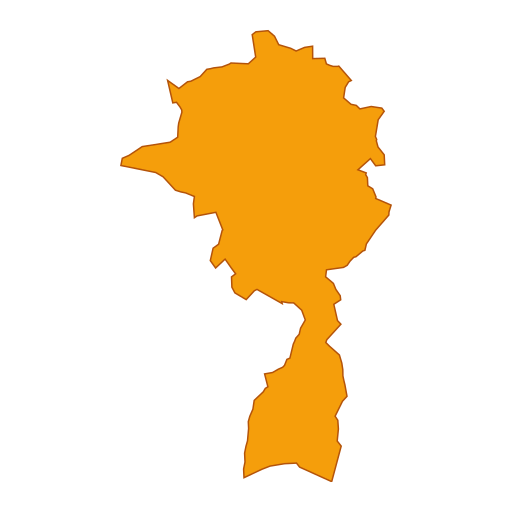 the district of Langtang North, Plateau, Nigeria
{"feature_id": "59680162B43697273286299", "entity_name": "Langtang North", "entity_type": "district", "adm_level": 2, "iso_a3": "NGA", "parent_name": "Nigeria", "parent_adm1": "Plateau", "projection": "mercator", "projection_center": [9.819, 9.049], "detail": "fine", "context": "isolated", "style": "filled", "palette": "amber", "viewbox_px": 512, "rotation_deg": 0, "n_neighbors": 0, "source": "geoboundaries", "source_scale": "gbopen_adm2", "svg_char_len": 2209}
<svg xmlns="http://www.w3.org/2000/svg" viewBox="0 0 512 512"><path d="M167.6,80.4L172.8,102.9L176.5,102.3L179.9,106.8L181.7,109.9L181.9,112.2L178.7,123.1L178.2,126.8L177.7,137.2L170.2,142.2L142.2,146.6L129.0,155.4L122.3,158.3L120.9,165.5L121.3,165.6L155.7,172.5L163.1,176.8L175.4,190.2L180.8,191.9L185.6,192.9L194.4,196.5L193.4,203.8L194.4,217.7L197.1,215.9L215.9,212.3L222.8,229.9L222.2,230.4L218.6,244.2L213.1,248.2L210.3,260.6L215.6,268.0L225.1,259.1L231.1,267.7L235.6,273.8L231.5,276.9L231.9,287.2L234.9,292.9L246.2,299.6L254.4,290.7L257.0,289.4L282.2,303.6L281.7,301.6L288.5,302.8L293.7,302.9L301.7,310.2L305.3,320.0L300.8,327.8L300.6,328.1L299.2,334.3L295.8,338.1L294.6,341.3L293.3,344.1L289.9,358.1L286.9,359.4L284.5,365.4L282.6,367.3L278.3,369.2L272.6,372.5L264.6,373.9L267.9,386.8L265.3,388.4L263.3,391.8L254.2,400.4L252.9,409.2L249.8,416.3L248.3,421.6L248.6,428.6L247.5,440.9L246.0,446.2L244.6,453.2L245.0,462.0L243.6,469.0L244.0,477.7L251.4,474.2L261.8,469.3L270.0,466.1L284.5,463.7L296.5,463.1L299.6,467.1L331.0,481.3L331.8,481.2L341.2,446.1L337.2,441.0L338.4,429.0L337.8,420.3L335.1,416.2L342.5,401.2L347.0,396.3L344.9,384.8L343.9,380.7L342.9,375.9L342.8,369.7L341.8,363.1L339.4,355.0L329.5,346.2L325.8,342.5L326.8,339.7L340.9,324.2L337.5,320.6L333.8,304.3L340.7,299.8L340.2,295.7L335.8,289.3L333.4,283.4L325.6,276.8L326.5,269.8L343.5,267.4L347.2,265.3L349.9,261.3L353.7,257.3L356.0,256.7L362.8,251.0L364.9,250.3L366.4,243.9L375.7,230.1L388.8,215.1L389.0,211.9L391.1,205.1L375.7,198.5L376.0,196.9L372.7,188.8L367.8,185.8L367.4,177.6L365.7,174.7L366.2,172.9L357.9,169.8L370.4,158.6L375.7,165.8L384.7,164.8L384.2,154.9L384.1,154.7L378.0,147.0L376.3,140.8L376.7,139.5L375.4,136.5L378.2,119.7L384.2,111.3L381.8,108.1L371.2,106.5L359.9,108.9L356.3,105.4L351.0,104.3L343.6,97.9L345.2,87.4L348.6,81.8L351.3,80.5L338.8,66.1L337.7,66.4L333.1,66.4L329.6,65.3L326.4,63.9L324.8,58.3L312.7,58.6L312.6,46.2L304.6,47.4L296.1,51.0L290.7,48.3L278.7,44.7L274.5,36.2L268.1,30.7L255.9,31.8L252.2,34.6L255.7,57.1L248.3,63.8L230.9,63.0L229.5,64.0L222.0,66.9L213.6,67.9L210.4,68.7L206.8,69.3L200.2,76.6L194.5,79.4L190.9,81.2L187.5,81.8L178.9,88.5L167.6,80.4Z" fill="#f59e0b" stroke="#b45309" stroke-width="1.5"/></svg>